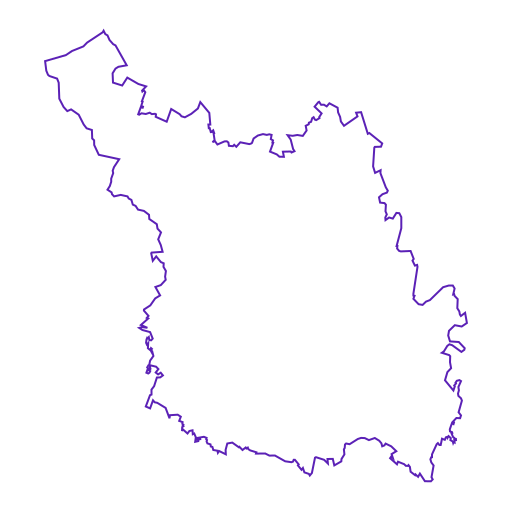 the district of Sincelejo, Sucre, Colombia
{"feature_id": "7082276B68142499203248", "entity_name": "Sincelejo", "entity_type": "district", "adm_level": 2, "iso_a3": "COL", "parent_name": "Colombia", "parent_adm1": "Sucre", "projection": "natural_earth1", "projection_center": [-75.431, 9.328], "detail": "fine", "context": "isolated", "style": "outline", "palette": "violet", "viewbox_px": 512, "rotation_deg": 0, "n_neighbors": 0, "source": "geoboundaries", "source_scale": "gbopen_adm2", "svg_char_len": 6074}
<svg xmlns="http://www.w3.org/2000/svg" viewBox="0 0 512 512"><path d="M225.8,454.3L225.6,449.9L227.3,443.5L232.3,442.6L238.9,447.3L239.4,446.8L242.5,450.0L245.7,447.5L246.4,448.5L247.8,447.6L248.3,449.1L250.2,450.4L256.4,452.3L256.0,453.6L265.2,453.5L269.4,455.6L274.9,455.5L285.2,461.3L291.5,462.2L293.0,461.6L293.7,459.8L294.9,459.8L298.7,464.4L297.9,465.4L301.5,469.8L302.9,468.0L304.4,472.4L308.9,473.9L309.8,475.5L311.9,473.0L315.0,457.7L316.0,457.2L324.1,459.8L327.9,463.5L327.5,459.0L332.8,458.9L334.3,465.4L341.3,461.4L341.5,459.0L344.4,454.4L343.9,449.3L344.7,448.0L345.0,444.5L346.1,443.5L349.6,444.2L357.8,439.0L361.1,437.9L364.8,438.1L368.9,440.1L374.8,438.0L379.2,440.7L381.4,443.3L382.2,446.3L384.4,445.4L385.6,443.6L391.2,446.3L396.3,451.2L391.6,454.1L392.8,457.8L391.3,456.5L390.1,458.2L397.0,464.3L398.0,461.7L404.2,464.2L405.8,465.8L407.9,465.9L408.5,465.1L409.9,466.9L410.6,471.7L415.1,475.2L415.5,474.4L418.1,476.8L419.9,473.6L424.9,481.2L430.9,481.3L432.7,479.4L431.5,477.2L433.6,465.5L431.3,462.4L430.4,459.3L431.2,457.3L432.0,457.2L432.0,454.4L436.7,444.2L437.9,443.1L439.4,445.0L440.7,445.0L442.0,438.7L444.8,439.8L445.9,437.3L447.4,436.8L447.6,437.7L448.6,436.1L450.8,438.1L450.4,440.1L452.8,441.5L453.2,443.0L453.6,442.1L454.6,442.6L454.5,440.2L456.0,440.1L455.9,439.0L454.3,439.1L454.4,437.9L453.1,437.1L451.5,433.3L452.3,433.0L452.0,432.1L450.0,431.4L449.8,429.3L451.9,423.3L453.5,424.1L454.0,422.4L452.9,421.7L456.4,418.0L460.1,418.2L461.0,415.4L458.6,412.3L461.9,400.6L461.0,398.3L458.4,395.9L458.0,393.6L458.9,390.4L458.4,387.0L461.0,381.1L459.4,380.1L456.8,380.8L455.5,382.8L456.0,383.5L454.2,385.5L454.8,386.4L453.4,390.5L445.0,380.3L447.4,372.1L451.1,368.2L450.0,362.2L450.2,356.2L449.2,355.1L441.9,352.8L443.9,351.4L447.3,345.9L449.4,344.3L452.2,345.2L461.4,351.9L464.3,349.8L464.7,348.2L458.8,342.0L450.0,341.4L448.2,335.5L449.0,330.8L454.8,325.2L461.7,326.5L466.9,323.0L465.1,312.8L460.9,316.0L459.9,314.5L459.3,311.4L457.3,308.2L457.7,299.1L454.6,295.9L454.1,294.1L453.2,294.4L454.6,288.5L452.8,285.5L448.9,285.5L443.1,287.2L429.9,300.1L426.0,301.6L422.6,304.9L418.6,304.2L413.4,298.8L414.5,295.8L413.4,295.6L413.4,293.7L417.5,266.8L417.1,264.9L414.9,265.6L412.5,260.6L413.7,258.9L410.6,251.0L400.8,251.4L399.1,250.9L397.1,248.5L397.4,246.0L396.6,246.0L401.3,228.2L401.3,217.1L399.3,213.2L396.4,212.9L392.8,218.6L389.1,217.5L385.5,220.1L385.3,217.5L386.8,214.4L385.5,211.3L385.9,204.7L384.5,203.1L380.1,202.6L379.0,197.3L382.5,194.2L386.9,192.6L387.8,190.7L385.8,187.3L380.4,173.1L380.6,170.2L375.1,172.9L373.1,166.4L374.3,147.7L374.8,146.9L381.0,146.7L382.2,143.4L369.3,133.0L367.8,133.8L361.1,112.2L356.1,112.7L357.5,116.4L344.0,125.8L340.9,121.5L340.1,116.9L338.1,112.4L337.6,107.7L329.4,103.3L326.7,106.4L323.9,104.7L321.1,104.8L319.1,101.8L318.3,102.2L314.6,106.7L321.6,113.4L319.2,117.1L319.5,118.1L316.2,120.1L314.9,119.6L313.6,117.2L312.2,118.2L311.1,121.8L308.9,122.7L308.7,124.3L305.7,125.8L306.6,130.5L302.8,135.9L297.3,135.0L292.7,135.8L287.6,135.2L290.7,139.6L293.1,149.0L294.5,151.2L291.5,152.5L290.8,151.5L282.9,151.7L283.9,156.8L279.4,156.7L276.8,154.4L270.0,151.6L273.2,142.8L272.4,142.6L273.0,140.4L270.8,139.1L271.6,134.9L269.3,134.3L266.8,134.9L263.0,134.1L257.9,135.5L253.6,138.5L252.0,142.9L251.0,143.6L249.3,144.1L240.3,142.3L236.3,146.8L234.2,144.8L232.9,146.2L228.9,145.8L228.4,142.5L226.8,141.3L224.5,141.4L217.4,144.5L215.0,141.2L212.5,142.1L214.6,140.2L213.6,133.5L214.2,133.2L213.2,130.3L212.6,130.8L213.3,131.8L210.8,132.1L209.7,128.1L208.8,128.2L208.4,124.5L210.3,124.5L209.3,112.9L200.3,102.1L197.9,108.5L191.2,113.9L184.9,117.3L181.5,116.3L179.7,114.2L171.2,109.0L166.7,121.7L155.7,116.8L156.0,114.3L155.0,113.8L151.8,114.1L149.7,112.7L145.8,114.0L141.5,113.3L139.2,114.7L138.2,114.3L140.7,107.4L142.7,107.7L143.0,106.7L141.2,106.0L142.6,101.6L141.9,101.3L145.3,92.2L143.8,90.2L142.4,91.5L142.1,90.6L146.1,86.4L138.4,84.0L127.3,77.6L122.2,85.5L113.0,82.6L112.6,73.3L115.5,68.6L118.4,66.8L126.7,65.3L115.5,45.4L113.2,44.2L109.5,40.0L107.5,35.4L105.3,34.1L103.6,30.7L102.7,32.3L87.1,42.6L83.4,46.4L72.0,51.0L65.9,55.1L45.1,61.1L46.3,70.7L48.0,74.8L49.4,76.0L57.1,78.6L58.7,82.7L59.3,98.7L63.6,107.0L67.3,111.1L71.1,109.4L78.7,114.7L83.7,124.5L86.6,128.3L91.9,130.0L92.2,138.5L94.1,140.3L94.2,145.0L98.8,154.8L119.2,159.2L114.0,167.1L112.7,170.7L113.2,173.1L111.2,178.7L111.2,181.8L109.8,186.1L107.5,189.7L111.6,192.4L112.0,194.2L114.1,196.4L120.7,194.9L127.5,196.4L128.7,198.5L131.4,199.9L132.8,204.6L135.6,205.9L138.0,209.6L143.9,210.9L149.0,214.8L149.3,219.0L156.8,224.2L157.5,228.6L161.0,232.4L158.2,239.3L160.8,245.1L162.6,251.8L151.6,252.6L151.2,253.3L152.8,260.8L156.2,256.4L160.9,262.1L163.7,263.3L163.5,266.9L165.9,271.0L165.1,276.7L165.7,279.8L160.8,285.1L155.4,287.0L160.1,295.4L155.2,298.4L150.3,305.4L144.0,309.5L143.9,310.6L148.5,315.9L146.8,317.9L148.2,318.5L140.9,325.0L147.4,327.8L142.1,327.1L139.2,327.9L142.4,330.0L150.1,332.1L152.7,338.6L151.2,340.3L149.4,340.1L148.8,337.1L147.8,338.3L147.2,337.8L146.5,339.5L146.1,342.8L146.9,344.6L148.2,343.1L147.9,348.2L150.2,350.1L151.0,348.1L151.9,348.9L150.7,350.4L151.6,352.1L152.0,350.5L153.4,356.0L150.1,360.6L149.1,365.6L148.4,365.4L147.2,367.4L148.0,368.2L146.4,372.7L148.2,373.5L149.4,372.7L150.2,371.2L149.0,370.4L149.4,369.2L151.1,369.1L149.4,368.3L150.2,367.1L149.6,365.4L150.7,365.4L156.1,366.7L158.4,369.1L155.7,372.5L158.1,374.4L160.7,372.7L162.9,375.4L160.2,377.4L156.9,377.5L154.1,386.2L151.5,389.6L151.5,394.6L150.0,395.2L145.8,406.5L150.1,408.4L153.0,400.3L154.7,402.3L157.2,402.8L165.6,407.9L169.5,418.3L169.9,415.2L177.7,414.7L180.8,416.7L179.2,420.9L182.6,422.1L182.3,423.8L183.4,424.8L182.8,425.5L183.4,426.2L182.2,427.1L182.0,431.0L182.8,429.3L187.5,433.5L189.4,431.0L192.5,430.3L192.8,434.2L194.2,433.5L195.8,437.2L195.2,441.8L198.3,441.1L198.7,439.2L200.2,439.1L200.0,438.2L197.1,439.2L196.5,438.1L203.9,436.8L206.6,437.9L206.2,439.2L207.0,440.0L206.6,441.5L207.4,443.4L210.5,444.4L210.8,446.5L212.4,446.9L213.3,450.0L217.4,450.7L217.9,452.8L219.1,451.0L225.8,454.3Z" fill="none" stroke="#5b21b6" stroke-width="2"/></svg>